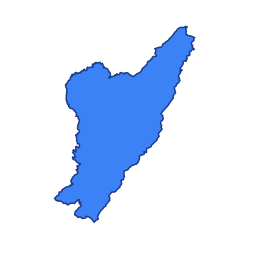 Mwala, Eastern, Kenya, rotated 71°
{"feature_id": "3690345B72054376783235", "entity_name": "Mwala", "entity_type": "district", "adm_level": 2, "iso_a3": "KEN", "parent_name": "Kenya", "parent_adm1": "Eastern", "projection": "mercator", "projection_center": [37.528, -1.401], "detail": "fine", "context": "isolated", "style": "filled", "palette": "blue", "viewbox_px": 256, "rotation_deg": 71, "n_neighbors": 0, "source": "geoboundaries", "source_scale": "gbopen_adm2", "svg_char_len": 5770}
<svg xmlns="http://www.w3.org/2000/svg" viewBox="0 0 256 256"><g transform="rotate(71 128 128)"><path d="M55.7,137.9L56.3,137.7L56.5,138.4L56.2,139.6L57.1,140.2L56.2,140.6L56.2,141.0L56.6,141.1L57.9,140.8L58.9,141.2L58.3,141.8L58.6,142.7L58.3,143.2L58.5,143.7L58.2,145.3L57.4,146.6L58.1,147.5L59.4,147.6L59.8,148.1L59.8,149.5L59.3,149.6L59.2,150.5L58.3,150.3L58.2,150.7L59.1,151.5L59.3,152.4L58.9,152.9L59.6,153.5L59.5,154.2L60.3,154.6L59.9,155.3L60.3,155.6L60.0,156.5L60.1,156.8L59.6,157.3L60.2,158.0L60.1,158.3L58.6,159.1L58.5,159.5L59.0,159.9L58.8,160.6L59.0,160.8L59.9,161.0L59.7,161.4L59.8,162.3L59.5,162.5L60.1,162.9L60.1,163.2L59.4,163.6L59.4,163.9L59.7,164.2L60.6,163.8L61.0,165.4L62.0,166.4L63.4,166.9L63.8,167.9L63.6,168.7L64.8,169.8L65.9,171.6L66.9,172.1L66.7,172.9L67.0,173.1L69.4,173.5L71.4,173.1L74.4,174.5L75.1,174.4L75.8,175.1L76.4,175.2L77.1,175.8L77.8,175.8L79.9,176.8L82.0,177.3L83.1,177.0L83.6,177.4L84.2,176.9L85.3,177.5L86.1,177.1L86.5,176.1L86.8,176.2L87.1,176.9L87.6,177.1L88.3,177.1L89.6,176.4L90.2,176.4L90.9,175.7L91.3,174.7L92.9,173.4L94.1,173.3L94.3,172.6L95.0,172.7L96.8,172.0L98.2,172.4L98.9,172.3L99.4,172.5L100.0,173.3L100.4,171.8L100.7,171.6L101.8,171.6L102.9,172.0L104.5,171.2L107.5,173.1L109.0,174.6L109.8,174.5L111.7,175.9L112.9,175.9L114.4,174.8L115.8,175.3L116.5,176.1L116.5,177.5L117.7,177.8L117.4,179.2L118.0,179.9L119.4,179.4L120.2,180.0L121.5,179.9L123.1,180.7L125.3,180.6L126.4,180.9L126.9,179.5L129.0,179.5L130.5,180.7L130.5,181.3L128.7,182.5L128.6,183.1L129.1,183.7L133.0,184.6L133.7,185.1L133.4,185.7L131.1,186.2L130.9,186.5L131.3,187.3L132.6,187.4L133.4,188.2L135.4,187.3L138.2,187.3L138.6,187.6L138.6,188.0L137.5,189.5L137.4,189.8L137.8,190.1L139.5,190.1L140.5,189.2L140.9,188.5L144.1,187.2L145.5,186.0L146.2,184.9L146.6,184.8L147.0,185.0L146.9,186.2L147.8,187.3L147.8,187.6L147.2,188.4L147.5,188.7L150.2,188.6L150.6,189.1L150.4,190.2L150.7,190.5L151.5,190.5L152.7,189.7L153.1,189.7L154.7,190.8L155.0,191.6L155.0,193.3L156.5,196.1L157.8,197.4L158.2,198.2L159.6,199.3L160.9,199.4L163.1,198.1L163.4,198.5L162.6,199.6L164.0,200.6L164.0,201.2L163.4,201.5L164.1,203.4L163.7,204.4L163.9,206.5L164.5,208.9L165.3,210.9L166.4,211.4L166.6,211.8L166.2,213.9L166.3,214.2L168.7,214.8L169.0,217.3L170.7,220.3L171.1,220.0L172.0,220.0L173.6,219.1L173.6,218.3L174.1,217.7L174.7,217.4L174.8,216.2L175.3,215.4L176.1,214.6L178.4,213.3L179.2,210.7L180.5,210.7L181.1,209.7L180.5,207.3L180.7,206.0L181.1,204.3L181.9,203.2L179.7,199.0L179.5,198.2L180.1,197.5L181.6,198.7L182.5,198.0L183.2,198.3L183.1,197.3L184.0,198.4L184.4,198.3L185.5,197.2L185.9,197.3L187.0,198.7L187.6,200.9L188.6,202.2L189.9,205.1L190.7,205.3L192.1,206.4L192.7,206.6L195.1,204.8L196.1,204.5L196.3,204.2L196.4,203.2L196.2,202.1L198.7,200.7L198.8,199.2L199.2,198.2L199.2,197.3L198.1,196.6L197.8,196.1L198.8,195.3L199.1,194.1L202.8,191.5L204.5,191.4L205.3,190.7L206.0,190.6L204.8,188.2L204.6,186.0L203.9,185.6L202.4,185.8L201.7,185.6L201.0,184.7L200.0,183.9L198.6,182.2L197.1,180.2L195.7,177.3L194.9,176.3L194.7,174.6L193.2,173.9L192.6,172.3L190.9,169.9L190.8,169.2L190.0,168.7L188.0,168.0L187.4,167.9L186.4,168.5L185.7,168.1L183.3,164.1L184.1,161.8L183.9,160.1L183.0,159.1L181.2,154.9L180.1,154.3L179.6,153.2L178.3,152.0L175.2,151.8L175.0,151.3L175.4,150.4L175.2,149.2L174.6,148.6L173.4,148.4L172.8,147.2L170.1,146.9L167.4,145.5L167.4,141.8L166.3,140.4L165.6,138.4L164.7,136.8L164.9,134.8L164.6,133.3L164.9,131.8L164.4,131.1L163.9,129.8L162.4,128.8L161.8,127.8L160.3,127.0L159.1,126.8L158.1,125.6L157.8,124.9L158.2,123.1L157.9,121.2L157.3,120.6L155.9,120.7L156.0,120.0L157.0,118.7L156.8,118.3L155.1,117.8L153.6,117.0L153.3,116.4L153.5,115.3L153.2,112.5L152.4,111.5L151.5,111.1L150.9,108.8L150.0,107.7L149.6,105.8L148.5,104.4L147.2,103.5L146.2,101.4L144.0,101.3L143.0,100.9L140.5,96.5L140.0,96.2L138.0,96.4L136.6,95.4L135.1,95.7L133.4,95.5L132.5,94.6L131.7,92.5L130.6,91.6L127.4,91.3L125.7,92.0L125.0,92.0L123.2,89.1L120.1,83.4L115.2,76.8L114.8,75.8L111.9,74.6L110.2,71.6L105.3,71.2L104.7,70.9L103.8,68.7L102.3,67.7L101.8,65.8L100.2,63.6L99.8,63.4L98.7,63.6L97.2,63.1L96.2,63.5L95.1,63.3L93.8,61.9L93.0,60.4L92.3,60.1L91.2,60.3L91.0,60.0L91.4,59.0L91.1,58.2L90.5,58.2L90.2,59.1L89.8,59.5L89.3,59.7L88.9,59.5L85.5,55.1L84.8,54.7L83.8,54.7L83.2,54.2L83.1,53.4L83.3,52.1L83.7,51.7L83.6,51.0L83.4,50.8L82.2,50.9L82.0,50.6L82.0,49.8L81.2,49.3L79.9,49.4L79.1,49.1L78.9,48.5L79.5,46.8L79.0,45.7L78.4,45.4L76.9,45.5L76.2,45.2L76.0,44.5L76.1,43.6L75.1,42.9L74.9,42.5L74.8,41.3L75.4,40.5L75.2,39.9L74.4,39.8L73.1,40.9L72.0,40.7L71.0,40.0L69.9,40.7L69.0,40.6L67.1,39.2L66.7,37.3L66.4,37.0L65.2,36.9L64.6,36.4L64.3,35.7L63.1,36.7L61.5,38.6L60.3,40.9L59.2,41.5L59.0,42.3L58.6,42.5L57.6,42.4L55.5,41.3L52.8,41.2L52.2,39.6L51.7,39.2L51.3,40.0L50.6,40.6L51.1,42.6L50.0,45.7L50.4,48.3L50.7,49.0L52.1,50.9L52.6,52.4L55.5,56.3L57.0,59.6L58.2,61.3L58.9,64.1L59.8,66.1L60.0,67.7L62.0,69.3L62.3,70.2L61.9,72.0L61.7,76.7L63.8,76.3L66.2,78.2L67.0,78.2L68.0,77.6L68.9,77.6L69.3,78.3L69.2,79.5L68.6,80.5L68.6,81.0L69.2,82.1L70.4,82.8L70.3,83.7L70.6,84.3L71.4,84.7L71.7,87.8L73.9,89.2L75.7,92.8L76.3,94.9L76.6,95.3L77.4,95.6L79.2,98.1L79.5,99.1L79.6,101.6L80.7,105.0L80.9,106.6L80.8,107.1L78.6,108.4L78.2,109.4L77.2,109.6L75.7,110.3L75.3,112.1L74.9,112.6L75.0,113.1L75.7,114.0L74.7,114.5L74.5,115.2L73.3,116.6L73.2,117.4L74.5,118.4L74.6,119.0L74.0,120.5L73.2,121.0L73.4,121.3L74.2,121.7L74.2,122.2L73.7,122.4L73.6,122.9L74.6,124.6L74.2,125.4L74.2,127.8L74.7,129.6L74.4,129.7L73.8,129.3L73.1,127.6L71.4,127.1L69.3,127.1L68.6,128.0L67.8,127.7L65.7,128.1L65.5,128.5L64.8,128.8L64.0,129.6L63.7,130.5L63.4,130.7L63.3,131.4L63.0,131.5L62.4,130.7L60.9,131.4L59.9,131.1L58.6,131.2L58.6,132.8L57.0,133.0L56.6,134.1L56.7,135.4L55.7,136.8L55.7,137.9Z" fill="#3b82f6" stroke="#1e3a8a" stroke-width="1.5"/></g></svg>